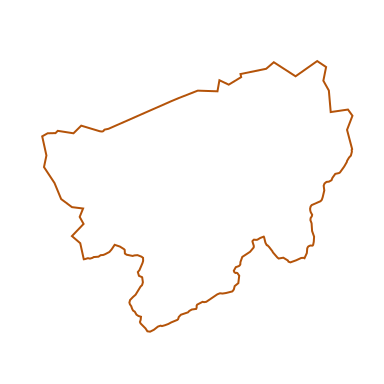 the district of Madison, North Carolina, United States of America, rotated 186°
{"feature_id": "52423323B54912107287089", "entity_name": "Madison", "entity_type": "district", "adm_level": 2, "iso_a3": "USA", "parent_name": "United States of America", "parent_adm1": "North Carolina", "projection": "equal_earth", "projection_center": [-82.727, 35.872], "detail": "fine", "context": "isolated", "style": "outline", "palette": "amber", "viewbox_px": 384, "rotation_deg": 186, "n_neighbors": 0, "source": "geoboundaries", "source_scale": "gbopen_adm2", "svg_char_len": 2553}
<svg xmlns="http://www.w3.org/2000/svg" viewBox="0 0 384 384"><g transform="rotate(186 192 192)"><path d="M73.2,137.9L71.4,143.3L71.5,148.0L71.1,149.2L70.5,150.1L68.8,151.1L66.5,151.3L66.0,152.1L65.7,155.2L65.9,160.3L68.5,165.8L69.8,173.4L71.3,176.4L71.3,178.4L70.3,180.4L70.1,181.9L71.8,184.3L72.5,186.1L72.8,187.8L72.5,190.0L71.6,191.5L63.2,196.3L62.1,197.8L61.5,200.4L60.6,207.4L61.7,212.0L61.1,214.3L59.3,216.1L56.9,216.6L54.5,218.3L53.8,220.8L51.4,225.0L47.8,226.2L46.9,226.9L43.3,233.2L41.2,237.9L41.0,239.3L39.4,242.7L37.8,244.8L37.2,248.8L37.6,250.5L37.2,251.3L44.3,270.0L40.4,284.6L45.5,290.3L62.4,286.0L66.5,307.2L73.0,316.4L71.7,330.3L81.2,335.3L101.1,317.9L124.2,329.6L131.1,322.3L156.1,314.4L155.1,311.4L166.7,302.6L176.4,306.0L177.2,294.8L196.9,293.4L214.9,284.1L222.2,280.1L281.7,246.1L285.4,244.9L285.9,244.4L286.4,243.5L286.9,243.1L287.6,242.8L288.4,242.7L290.2,242.8L309.1,246.4L316.0,238.0L331.9,238.8L333.9,236.3L341.7,235.3L346.8,231.7L340.6,213.1L341.8,201.3L329.7,186.6L321.4,171.3L309.8,164.4L298.6,164.2L301.1,155.5L296.5,148.9L306.8,135.6L297.8,129.4L292.6,113.8L291.7,114.0L288.6,115.3L286.5,115.1L284.1,116.1L283.0,117.0L278.2,117.9L276.3,119.6L273.7,120.1L272.0,121.0L267.9,123.7L266.0,126.4L263.4,131.4L258.0,130.2L253.7,128.1L252.9,127.4L252.3,123.8L250.5,122.8L244.3,122.2L242.7,122.9L239.6,123.5L235.5,122.4L233.8,121.4L233.4,118.4L233.8,116.2L236.1,108.8L237.5,106.7L236.0,103.1L232.8,102.1L232.6,101.8L231.4,97.1L231.8,94.7L232.1,93.9L233.2,92.7L237.4,83.9L239.8,81.3L242.3,78.1L242.7,75.5L242.0,73.8L240.5,72.1L239.4,69.7L238.2,67.9L236.4,67.0L234.4,64.2L232.3,63.1L229.7,62.6L229.7,59.5L230.2,57.3L229.4,55.9L224.0,51.5L221.8,48.8L219.1,48.7L215.5,51.0L211.8,54.6L209.2,55.8L207.9,55.5L204.9,56.7L201.7,58.3L199.1,60.1L193.2,63.3L192.5,64.1L192.1,66.3L190.2,68.8L183.4,71.9L182.3,73.4L179.9,75.1L175.6,76.2L175.3,77.5L175.5,79.4L175.1,80.5L170.0,83.9L168.5,83.7L166.3,84.3L156.1,92.9L153.6,94.2L151.0,94.2L147.6,95.1L141.6,97.3L140.9,98.2L140.2,99.5L139.7,102.9L136.4,106.2L136.4,106.9L136.3,113.7L138.4,116.1L139.2,116.3L140.2,116.0L141.4,116.6L142.2,118.0L140.6,121.8L137.7,123.2L136.9,124.0L136.4,125.0L136.5,127.4L135.2,132.7L128.0,138.6L124.9,143.2L124.8,143.9L125.0,145.1L126.7,149.0L126.6,149.8L125.4,151.1L123.2,151.1L122.0,151.4L119.2,153.5L116.0,155.1L115.6,154.6L113.7,149.3L112.1,146.9L111.4,146.9L109.6,145.4L105.9,141.5L105.2,140.4L100.4,135.9L98.9,134.9L94.3,136.2L89.5,133.9L88.8,132.8L86.8,132.3L81.4,134.9L76.5,137.8L74.1,138.2L73.2,137.9Z" fill="none" stroke="#b45309" stroke-width="2"/></g></svg>